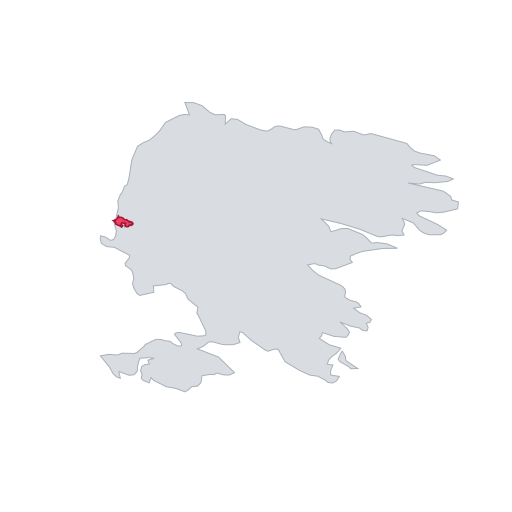 Drogheda Rural Lea-4, Louth, Ireland (highlighted), rotated 208°
{"feature_id": "5873133B41163047838310", "entity_name": "Drogheda Rural Lea-4", "entity_type": "district", "adm_level": 2, "iso_a3": "IRL", "parent_name": "Ireland", "parent_adm1": "Louth", "projection": "equal_earth", "projection_center": [-6.354, 53.766], "detail": "fine", "context": "in_parent", "style": "filled", "palette": "rose", "viewbox_px": 512, "rotation_deg": 208, "n_neighbors": 0, "source": "geoboundaries", "source_scale": "gbopen_adm2", "svg_char_len": 6385}
<svg xmlns="http://www.w3.org/2000/svg" viewBox="0 0 512 512"><g transform="rotate(208 256 256)"><path d="M328.5,107.4L317.5,112.9L315.7,115.1L312.6,123.5L312.2,126.0L305.2,135.4L301.2,137.4L295.4,138.9L292.0,140.4L287.9,139.6L282.6,139.8L279.9,141.5L280.0,142.8L281.6,144.3L291.3,148.6L290.7,150.4L288.0,152.5L270.3,157.6L265.1,160.7L263.2,162.8L265.1,166.2L279.0,176.4L281.3,177.6L283.3,183.5L295.7,186.0L300.7,189.8L305.1,190.7L314.6,190.4L318.4,191.8L320.6,190.7L321.8,188.7L332.5,181.4L329.2,176.0L340.0,166.7L343.0,166.8L348.0,169.7L352.1,173.6L353.4,178.9L357.3,183.6L359.8,185.3L366.7,186.2L368.2,188.1L367.0,195.0L368.0,197.3L385.4,197.1L392.4,194.1L398.4,194.6L401.4,197.7L402.7,200.9L397.5,202.1L392.1,201.4L389.5,203.5L389.3,207.6L391.1,212.7L394.8,216.4L397.7,224.8L400.1,234.0L403.8,239.6L404.6,246.5L404.1,249.9L404.8,256.1L403.2,258.3L404.4,264.0L410.8,282.7L412.1,297.3L408.9,302.8L404.7,308.0L402.0,314.2L399.9,320.8L398.6,331.6L389.5,344.3L385.6,347.4L381.0,349.4L390.9,358.2L382.8,362.2L374.0,363.4L364.3,361.2L358.2,361.5L350.5,366.1L348.7,365.3L345.1,358.0L342.4,365.5L336.7,367.9L327.1,367.4L311.0,369.4L304.8,371.5L302.2,374.9L300.3,378.8L297.8,381.1L294.9,382.3L282.5,385.2L280.0,386.3L274.2,392.6L266.6,396.2L260.3,397.3L254.8,393.7L252.5,391.5L250.0,390.4L241.4,390.5L244.1,391.7L245.8,394.2L246.6,399.2L245.6,404.1L241.3,406.5L236.3,407.0L228.3,412.0L217.7,413.4L212.0,418.1L177.1,425.9L175.1,426.0L170.4,424.0L165.2,423.1L160.0,423.8L145.3,428.2L138.3,427.3L147.5,416.4L159.7,410.8L161.0,409.3L157.1,408.6L134.0,412.4L126.0,415.7L118.0,416.6L121.8,411.7L132.3,404.8L141.2,400.4L145.2,396.4L156.1,391.8L121.0,401.2L111.9,400.0L109.8,397.4L102.6,398.7L100.1,392.3L110.9,382.8L117.2,378.7L124.5,376.4L131.6,373.3L134.3,369.4L131.0,368.1L110.0,369.1L99.9,368.3L100.6,365.2L102.5,361.8L113.1,356.0L118.8,355.0L123.8,355.6L132.6,359.0L144.4,357.9L139.6,354.2L138.9,346.6L135.2,344.1L140.1,340.6L145.7,338.5L155.0,331.3L158.3,330.2L176.6,328.4L196.2,324.6L215.8,319.4L205.9,316.5L201.2,312.6L193.3,320.4L187.8,323.4L172.1,325.0L167.2,324.1L160.3,321.7L158.1,322.6L156.1,324.5L145.7,328.3L134.8,329.2L147.6,322.2L163.8,310.3L167.5,306.6L172.7,300.0L171.2,297.1L167.9,295.5L179.8,282.1L183.9,279.7L191.3,279.3L196.8,277.2L199.2,277.2L201.3,276.4L206.2,272.4L198.9,269.8L191.3,268.5L167.9,269.9L164.8,269.6L161.9,268.4L160.1,266.6L158.8,262.1L157.1,261.1L151.8,261.1L146.5,262.5L142.9,262.3L139.4,260.4L145.2,255.7L137.9,254.6L130.4,255.5L124.3,254.1L124.2,251.2L127.0,248.4L123.5,245.6L122.8,242.1L126.7,240.4L131.0,241.0L139.8,238.4L150.9,237.2L141.4,234.7L137.7,232.5L137.6,229.2L138.4,226.4L149.6,221.6L161.4,219.5L160.6,216.4L161.5,213.0L149.6,212.0L137.8,214.4L139.3,207.9L142.2,202.0L142.9,198.2L142.4,194.0L136.9,195.8L136.4,190.0L134.1,186.0L125.9,188.8L126.3,183.5L128.7,179.8L133.0,178.2L137.2,178.9L145.0,178.9L152.6,176.1L163.5,175.4L180.8,176.3L192.6,184.0L195.7,182.7L200.6,177.7L202.8,177.2L220.7,179.3L231.8,182.2L234.8,181.3L233.3,175.8L229.5,172.1L234.4,167.1L240.3,163.8L244.3,162.1L253.3,160.0L257.3,158.1L260.0,151.7L264.2,146.5L241.6,149.2L220.2,142.9L223.6,138.5L228.2,136.0L236.1,134.1L236.9,131.8L240.9,129.9L247.5,124.9L245.2,118.4L246.5,113.6L251.3,110.5L252.8,106.0L255.0,102.7L264.5,101.5L273.7,98.5L287.9,98.1L291.5,99.3L290.8,93.9L297.4,93.2L300.0,94.3L301.1,98.1L304.1,100.6L305.0,104.8L302.9,108.1L299.5,110.6L302.6,113.2L297.8,117.9L303.0,115.9L310.4,111.3L310.0,107.5L308.8,102.9L306.8,98.6L307.8,94.0L312.0,91.1L322.9,89.6L318.4,84.3L322.4,83.8L326.7,84.9L333.1,89.0L346.5,94.8L339.9,100.0L331.8,103.5L328.5,107.4ZM135.5,210.0L135.2,212.5L130.0,209.4L127.6,205.9L113.3,204.4L119.4,200.9L122.3,201.9L132.3,202.1L135.1,203.5L135.5,210.0Z" fill="#d9dde1" stroke="#a8b0b8" stroke-width="1"/><path d="M382.1,223.3L382.0,223.5L382.3,223.7L382.2,223.8L382.0,224.0L381.8,224.0L381.7,224.1L381.4,224.3L381.5,224.3L381.4,224.4L381.4,224.5L381.2,224.7L381.1,224.8L381.0,225.0L380.9,225.0L380.7,225.3L380.4,225.5L380.3,225.4L380.3,225.5L380.3,225.8L380.0,225.8L379.9,226.0L379.7,226.1L379.7,226.3L379.8,226.5L380.0,226.5L380.0,226.8L380.2,226.7L380.4,226.9L380.6,226.9L380.7,227.0L380.8,227.2L380.9,227.4L381.1,227.6L381.3,227.7L381.5,227.6L381.8,227.5L382.0,227.5L382.3,227.5L382.4,227.4L382.5,227.4L382.8,227.4L383.1,227.4L383.0,227.2L383.4,227.0L383.6,227.0L383.6,226.7L384.2,226.5L384.3,226.5L384.7,226.8L384.9,226.8L385.2,226.9L385.3,227.0L385.6,227.0L385.8,227.1L386.2,227.1L386.3,227.2L387.1,227.3L387.3,227.3L387.3,227.0L389.0,226.3L390.8,226.9L390.9,227.0L391.4,227.0L391.9,227.0L392.8,227.0L393.0,226.9L393.7,226.6L394.4,226.2L394.7,226.0L394.8,225.9L395.0,226.0L395.7,226.1L395.9,226.5L396.1,226.7L396.4,226.8L396.4,226.7L396.2,226.5L396.1,226.3L396.1,226.1L396.1,225.6L396.1,225.2L396.2,224.5L396.2,224.1L396.3,223.7L396.7,222.6L396.9,222.1L397.0,221.8L397.1,221.6L397.0,221.4L397.2,221.1L397.3,221.0L397.3,220.9L397.4,221.0L397.4,220.9L397.6,220.9L397.8,221.0L397.9,220.9L398.0,220.9L398.2,220.6L398.4,220.5L398.6,220.3L398.4,220.3L398.5,220.3L398.4,220.3L398.5,220.3L398.3,220.3L398.4,220.2L398.2,220.1L397.9,220.2L397.7,220.2L397.4,220.0L397.2,220.0L397.0,219.9L396.9,219.9L396.9,220.0L396.6,220.0L396.5,219.9L396.4,219.9L396.2,219.8L396.2,219.7L396.3,219.6L396.2,219.6L395.9,219.7L395.7,219.5L395.5,219.4L395.4,219.1L395.4,218.4L394.8,218.5L394.6,218.4L394.3,218.3L393.9,218.5L393.5,218.4L392.9,218.3L392.4,218.5L391.5,218.6L391.2,218.5L390.9,218.6L390.6,218.6L390.4,218.6L390.1,218.7L390.1,218.8L389.9,218.7L389.6,218.6L388.9,218.5L388.5,218.4L388.2,218.4L388.2,219.0L388.3,219.2L388.3,219.3L388.2,219.3L388.1,219.5L387.9,219.6L387.9,219.8L388.0,220.0L387.9,220.1L388.0,220.4L388.7,220.3L389.0,220.3L389.3,220.3L389.4,220.5L389.5,220.5L390.0,220.6L390.1,220.8L390.2,221.0L390.2,221.4L390.0,221.6L389.9,221.6L389.9,221.9L389.9,222.0L389.8,222.5L389.5,222.5L389.4,222.4L389.3,222.5L389.4,222.8L389.2,222.8L388.0,222.9L388.0,223.0L387.8,223.2L387.6,223.2L387.4,223.1L387.2,223.1L386.9,223.2L386.9,223.3L386.6,223.3L386.5,223.5L386.4,223.2L386.5,223.2L386.4,223.1L386.4,222.9L386.4,222.6L386.2,221.9L386.1,221.5L385.7,221.5L385.6,221.3L385.5,221.2L385.3,220.8L385.2,220.9L384.9,221.0L384.5,221.2L384.4,221.2L384.1,221.2L383.9,221.2L383.7,221.2L383.5,221.3L383.3,221.5L382.9,221.8L382.5,222.1L382.5,222.5L382.4,222.7L382.4,222.8L382.2,222.9L382.2,223.0L382.1,223.3Z" fill="#f43f5e" stroke="#9f1239" stroke-width="1.5"/></g></svg>